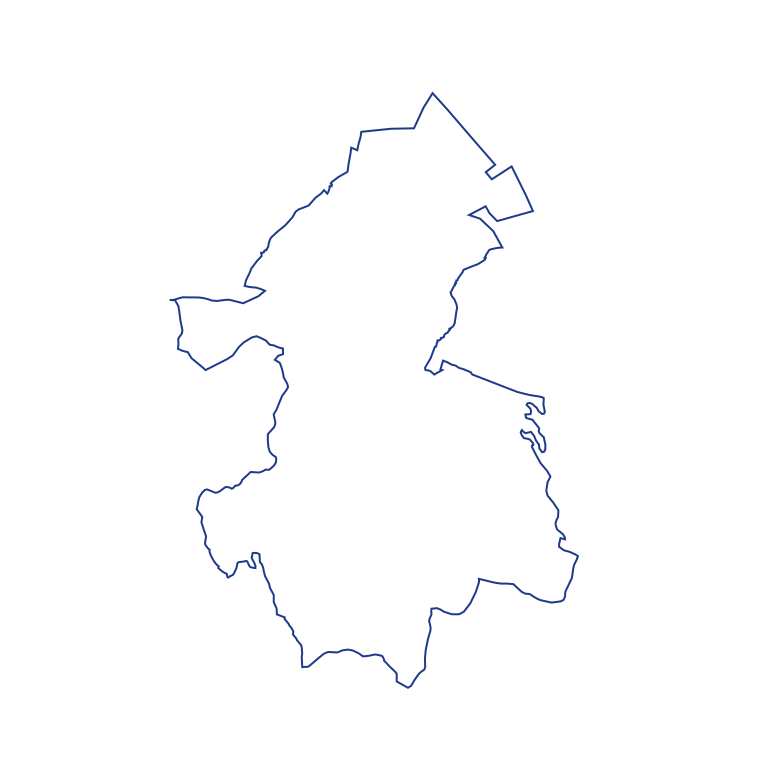 Bocsa, Caras-Severin, Romania, rotated 103°
{"feature_id": "2599482B42018204539713", "entity_name": "Bocsa", "entity_type": "district", "adm_level": 2, "iso_a3": "ROU", "parent_name": "Romania", "parent_adm1": "Caras-Severin", "projection": "equal_earth", "projection_center": [21.744, 45.393], "detail": "fine", "context": "isolated", "style": "outline", "palette": "blue", "viewbox_px": 768, "rotation_deg": 103, "n_neighbors": 0, "source": "geoboundaries", "source_scale": "gbopen_adm2", "svg_char_len": 6165}
<svg xmlns="http://www.w3.org/2000/svg" viewBox="0 0 768 768"><g transform="rotate(103 384 384)"><path d="M548.0,538.4L554.5,531.1L559.8,530.8L566.9,526.6L572.4,523.1L574.5,522.9L578.7,522.7L580.8,522.0L583.5,518.9L584.7,516.7L586.6,516.3L589.1,514.8L592.1,512.4L595.4,509.3L598.1,505.8L598.7,504.1L600.6,504.1L602.7,500.1L603.5,498.1L604.5,494.3L606.0,493.8L607.6,492.8L607.4,491.8L606.3,491.2L604.0,488.3L602.3,487.6L597.1,486.5L593.3,486.3L592.2,486.6L591.3,486.4L590.3,485.5L588.7,481.2L587.6,478.8L587.4,477.9L587.7,477.3L591.5,474.3L592.3,473.3L592.5,472.4L592.5,469.4L592.2,467.9L590.0,468.4L587.8,469.9L583.5,473.6L583.2,473.8L578.3,473.9L577.8,472.7L577.3,469.7L577.9,467.0L585.4,464.9L587.3,462.3L589.5,461.0L590.5,460.2L592.8,459.3L597.8,456.8L604.3,451.2L608.2,449.3L614.5,443.9L621.2,442.4L627.0,438.1L632.6,436.5L633.7,428.3L635.3,428.0L639.0,423.1L640.2,422.3L642.7,419.1L645.6,416.6L648.4,416.4L651.8,412.2L653.1,411.2L657.2,405.9L659.4,404.8L665.4,403.0L668.3,402.8L678.3,399.9L677.5,397.7L677.0,395.6L676.5,394.4L675.6,393.4L666.8,386.9L660.3,381.9L657.7,378.2L656.0,368.9L653.0,364.8L650.9,359.5L650.7,354.2L652.3,347.5L654.1,343.3L653.2,340.3L652.1,337.4L649.5,331.7L649.3,328.1L649.4,324.8L650.2,323.8L651.2,322.9L652.4,322.1L653.6,321.6L658.0,314.9L662.1,308.0L663.6,306.4L671.0,304.7L674.6,292.3L672.1,289.8L665.4,287.6L658.9,285.0L655.9,282.9L653.2,280.5L650.5,280.2L642.3,282.3L634.0,283.5L622.7,283.8L613.9,283.3L611.3,283.7L609.7,284.3L605.0,286.6L602.8,286.8L597.8,285.9L595.1,286.8L592.3,287.2L590.5,281.9L591.1,278.1L592.4,274.5L593.1,266.1L591.4,258.9L587.8,254.9L578.4,250.6L566.3,247.8L556.4,246.9L554.4,247.1L552.5,247.7L552.7,232.1L552.2,225.3L550.8,219.2L549.9,212.9L555.4,203.4L556.5,199.1L555.9,194.8L558.0,189.0L558.8,186.1L559.4,183.1L559.3,171.6L556.0,162.8L553.9,160.5L553.0,160.2L550.1,159.8L547.3,160.4L545.3,160.5L530.7,157.3L521.1,158.1L517.8,158.1L511.7,156.7L508.1,156.3L507.0,159.2L506.2,163.1L505.7,166.1L505.6,171.1L503.3,176.7L500.3,177.4L494.5,177.4L494.6,172.7L492.7,173.4L490.3,175.6L486.9,182.4L484.2,184.3L481.0,185.6L477.6,185.3L474.3,184.5L467.8,185.7L461.5,192.4L456.0,199.5L451.4,201.9L442.8,202.5L436.8,201.0L431.9,205.6L426.0,213.5L417.9,220.8L412.1,225.6L411.1,225.9L410.1,225.6L409.6,224.7L408.0,225.6L405.3,229.4L405.1,231.1L405.2,235.4L403.1,238.1L400.2,240.0L397.9,239.3L398.9,238.0L400.1,235.0L397.6,230.0L400.7,226.2L404.9,223.2L408.2,219.4L411.9,218.1L414.9,214.5L414.1,212.9L411.8,212.1L407.1,213.0L400.0,216.3L397.0,221.4L395.2,222.6L392.3,222.8L385.4,231.3L385.3,236.0L384.9,238.1L381.9,239.4L380.4,234.4L377.6,234.5L375.1,235.8L372.3,240.3L370.6,239.8L369.7,237.9L370.0,235.2L373.1,229.5L375.4,227.7L377.6,223.5L377.1,221.5L375.0,221.0L368.3,224.0L361.9,225.1L361.2,227.0L361.4,231.6L362.0,239.8L361.8,252.0L354.9,300.1L353.0,302.2L352.5,305.2L352.3,306.1L352.2,307.8L351.8,308.5L351.4,314.8L350.0,318.1L349.9,322.0L349.8,323.0L348.6,327.2L347.9,331.7L357.0,332.3L357.3,330.3L361.3,334.9L363.5,337.0L361.5,340.8L360.9,342.2L360.8,343.6L361.1,346.3L360.8,347.0L358.9,347.6L358.3,347.5L348.2,344.3L336.9,342.9L336.2,342.6L335.9,341.8L335.5,341.7L333.8,341.6L332.5,341.8L331.2,341.3L330.6,341.4L330.2,341.7L329.6,341.8L329.5,341.4L329.2,340.9L329.1,339.9L327.2,338.6L326.7,338.9L326.3,338.9L326.1,338.6L326.1,337.9L325.5,337.5L325.3,336.7L325.0,336.4L324.3,336.1L322.8,336.3L322.1,336.0L320.5,334.8L319.8,333.5L318.4,333.3L316.3,331.9L316.1,332.0L315.8,332.8L315.4,332.8L314.2,331.1L312.2,329.7L311.3,329.2L310.4,329.3L309.2,328.8L295.2,329.9L293.8,329.8L292.0,330.4L290.1,331.3L286.7,333.7L285.1,335.0L284.1,336.6L282.6,338.1L281.8,338.7L280.9,338.9L280.0,339.7L272.3,337.7L272.1,337.3L271.7,337.0L270.4,337.4L270.1,336.7L269.5,336.4L269.1,336.7L269.0,337.1L268.8,337.2L268.2,336.8L267.5,336.6L266.9,336.8L266.7,336.1L266.3,335.7L264.7,335.6L260.8,334.1L257.5,332.6L255.9,332.5L255.1,332.0L254.7,332.0L249.1,324.0L246.5,320.0L244.6,317.9L240.7,314.1L240.0,313.6L239.5,313.4L238.2,313.3L238.3,314.4L236.1,313.7L234.4,313.4L233.2,312.8L230.0,311.8L228.9,310.5L226.5,305.6L225.2,302.2L224.4,299.4L210.4,312.0L201.3,327.6L200.2,339.1L188.0,324.9L193.7,319.8L199.8,310.4L182.0,277.8L168.2,288.2L143.3,308.6L160.3,325.0L154.7,332.5L145.4,325.0L123.3,355.4L101.8,384.7L89.7,402.1L105.7,407.6L128.1,412.3L133.8,434.8L143.4,462.9L148.1,462.4L157.1,462.8L162.2,462.6L161.1,469.1L166.9,468.5L176.1,468.1L185.4,467.3L192.5,474.9L199.1,480.4L200.8,480.9L201.3,479.6L203.1,479.6L203.2,480.1L203.6,480.7L203.5,481.4L204.0,481.5L205.7,481.1L207.8,481.3L208.3,481.4L209.1,481.4L211.3,482.1L208.6,486.0L212.7,488.2L218.0,492.7L227.2,497.7L233.0,506.3L236.0,508.9L242.2,510.7L251.6,515.9L259.0,521.7L266.9,527.1L269.2,527.6L271.5,527.9L273.9,527.9L276.3,527.7L280.1,528.8L279.9,529.4L281.6,530.7L282.3,530.5L282.6,530.7L282.9,531.2L283.7,531.8L283.8,533.2L286.8,532.0L292.9,535.5L301.4,539.3L305.4,539.8L314.0,541.8L319.8,541.8L319.7,536.5L318.9,530.7L318.9,529.8L319.2,525.3L320.0,520.9L326.8,526.2L337.0,539.4L336.7,553.3L337.5,556.9L340.7,565.5L341.4,570.8L341.0,574.2L340.9,577.5L341.0,580.8L341.4,584.2L344.9,600.0L349.4,608.0L350.3,611.7L349.4,606.4L354.3,601.9L358.6,600.1L368.0,596.6L377.0,592.5L380.2,592.3L386.2,594.7L391.1,593.3L396.1,592.7L396.6,590.1L397.0,587.6L397.1,585.0L397.0,582.5L402.2,577.3L409.0,563.7L410.6,561.0L395.0,542.4L390.1,537.7L380.6,533.7L375.2,530.2L368.3,523.2L366.1,518.8L367.0,513.8L368.2,508.9L371.4,504.3L371.2,499.7L371.7,497.4L372.1,495.1L372.2,492.8L372.1,490.5L377.6,489.1L380.4,493.5L385.0,495.8L386.8,490.4L389.9,488.2L393.2,486.3L396.6,484.6L400.2,483.2L405.7,478.2L408.7,476.8L412.1,477.8L418.5,480.6L433.2,483.0L438.4,484.7L444.8,481.7L447.4,480.9L450.9,481.4L459.0,485.9L465.5,484.4L471.9,482.3L475.6,480.1L478.3,476.4L479.3,473.2L481.3,472.1L484.9,471.7L488.6,473.0L493.4,476.6L494.1,480.2L496.1,482.2L497.6,484.5L498.5,486.4L499.7,494.1L509.3,500.6L512.5,501.2L514.4,502.3L515.8,504.0L516.6,506.1L519.2,507.5L520.3,508.8L519.8,510.4L519.6,511.9L519.7,513.5L519.9,515.0L522.2,517.2L524.7,519.2L526.8,521.3L527.9,523.8L526.5,532.6L527.6,534.7L530.9,536.8L535.8,538.5L538.6,538.6L545.0,538.3L548.0,538.4Z" fill="none" stroke="#1e3a8a" stroke-width="2"/></g></svg>